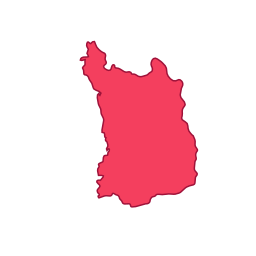 the Province of Chagang-do, rotated 311°
{"feature_id": "PRK-3310", "entity_name": "Chagang-do", "entity_type": "Province", "adm_level": 1, "iso_a3": "PRK", "parent_name": "North Korea", "parent_adm1": "", "projection": "mercator", "projection_center": [126.424, 40.896], "detail": "fine", "context": "isolated", "style": "filled", "palette": "rose", "viewbox_px": 256, "rotation_deg": 311, "n_neighbors": 0, "source": "natural_earth", "source_scale": "10m", "svg_char_len": 4033}
<svg xmlns="http://www.w3.org/2000/svg" viewBox="0 0 256 256"><g transform="rotate(311 128 128)"><path d="M166.2,41.1L166.9,41.8L166.9,44.0L167.3,44.5L168.2,44.5L169.9,44.8L171.2,45.9L171.0,46.5L169.7,48.9L168.5,51.5L168.1,54.5L168.1,56.8L168.4,59.0L168.8,60.4L169.0,61.1L169.0,61.9L168.3,63.3L167.2,64.1L165.9,64.8L164.8,65.7L164.1,67.0L163.6,68.1L162.9,68.9L161.6,69.2L159.5,68.9L158.6,69.1L157.8,70.2L157.6,71.4L157.8,72.9L158.2,74.4L158.7,75.5L160.1,76.6L161.3,76.5L164.0,75.3L164.6,75.2L165.4,75.1L166.1,75.4L166.5,76.2L166.3,77.0L165.4,78.0L165.1,78.7L165.3,79.3L166.7,81.5L167.2,83.1L167.5,84.7L168.0,88.0L168.8,89.9L171.2,92.0L171.8,93.5L171.6,94.4L171.3,95.0L171.3,95.6L172.2,96.7L172.9,97.7L173.3,98.9L173.7,101.6L174.6,103.4L175.9,104.7L180.1,107.4L181.1,107.8L183.3,108.0L186.1,108.8L187.1,108.7L188.6,107.7L189.5,106.5L190.2,105.0L191.2,103.6L192.8,102.5L195.0,101.7L197.0,101.7L198.6,102.8L199.3,104.7L199.6,107.1L199.8,109.7L199.7,111.8L199.3,115.3L198.3,117.7L194.7,121.7L193.5,124.2L192.9,127.7L193.3,131.0L194.9,133.1L197.7,134.5L198.5,135.6L198.6,137.6L198.3,138.8L197.7,139.9L196.9,140.7L196.0,141.3L192.9,142.3L187.2,145.7L185.7,147.9L184.6,153.5L183.3,155.6L182.4,156.1L179.2,156.5L177.8,156.9L176.8,157.5L175.8,158.3L174.7,159.4L172.5,161.0L170.7,161.9L169.8,163.5L170.2,167.1L170.2,169.7L168.8,171.8L167.1,173.6L165.7,175.9L165.3,177.5L165.0,179.2L164.8,180.9L164.9,182.3L163.1,186.0L162.0,187.4L159.2,189.7L158.7,190.4L158.3,191.0L157.7,193.1L157.3,194.4L156.8,195.0L156.2,195.3L155.0,195.4L154.0,195.7L153.4,195.9L152.8,196.2L151.8,197.0L151.1,197.8L150.2,199.0L149.6,199.6L149.0,200.0L147.4,200.3L146.8,200.5L146.1,200.9L141.5,204.2L140.7,204.9L140.1,205.6L139.9,206.1L139.7,206.6L139.4,208.5L139.3,209.2L138.9,210.2L138.3,210.6L137.8,210.9L135.6,211.1L134.8,211.4L130.5,214.5L129.6,214.9L129.0,214.9L128.5,214.7L128.0,214.6L124.8,212.4L122.0,211.0L120.6,210.6L113.9,209.8L112.4,209.2L109.2,207.1L108.1,206.0L105.0,202.0L100.2,197.5L98.3,194.9L97.0,193.5L96.4,193.2L95.9,193.1L95.0,193.2L94.0,192.9L93.3,192.5L92.4,191.8L91.8,191.5L91.2,191.4L90.1,191.4L89.1,191.6L88.0,192.1L87.0,192.7L86.5,192.9L85.7,193.0L84.7,192.8L84.0,192.5L83.4,192.1L82.3,191.0L73.8,185.4L71.5,183.2L70.9,182.5L70.7,181.9L70.8,181.4L71.1,180.9L71.4,180.4L71.7,180.0L71.8,179.4L71.7,178.9L71.4,178.4L68.4,175.2L68.2,174.8L68.0,174.3L67.9,173.8L67.9,173.2L68.1,172.7L68.6,171.6L68.8,171.1L69.1,168.4L69.2,168.0L70.1,166.7L70.3,166.2L70.4,165.7L70.5,165.2L70.5,164.6L70.4,164.2L69.8,162.9L69.7,162.6L69.3,160.4L69.0,159.8L68.6,159.4L68.0,159.4L66.8,159.7L66.2,159.7L65.4,159.4L64.9,159.0L62.7,156.1L62.0,155.4L61.4,154.9L56.2,151.9L56.5,150.6L57.1,150.1L58.3,150.4L59.0,149.9L59.2,149.3L59.3,148.0L59.5,147.3L60.2,146.2L60.9,145.6L61.8,145.4L64.8,145.3L65.8,144.9L66.3,143.8L66.4,141.8L66.8,139.9L67.6,139.3L68.7,139.5L69.7,140.4L70.3,141.2L70.4,141.5L74.6,141.4L75.7,140.8L75.0,139.3L72.9,136.8L75.7,133.2L77.2,132.1L77.4,132.0L79.6,131.6L80.2,131.3L80.6,130.6L80.9,130.0L81.3,129.6L82.1,129.5L82.7,129.7L85.8,131.1L86.5,131.0L89.4,128.9L90.4,128.5L91.5,128.3L92.3,128.8L93.2,129.7L94.1,130.4L95.0,129.9L96.1,129.1L98.3,128.8L99.3,128.3L99.8,127.3L99.4,126.9L98.4,126.8L97.3,126.9L98.1,125.5L99.4,125.1L100.8,124.8L102.0,123.9L103.5,121.6L103.9,120.5L103.7,119.6L104.2,118.9L104.8,118.4L105.5,118.0L106.2,117.7L106.0,116.5L106.8,115.5L107.9,114.5L108.7,113.1L107.7,111.3L109.4,109.7L117.6,104.8L118.6,103.9L119.3,102.8L121.1,98.6L122.0,97.5L123.8,95.7L124.6,94.6L126.3,90.6L127.1,89.4L130.7,85.0L133.0,83.3L135.1,83.3L134.8,83.7L134.7,84.1L134.5,84.4L134.1,84.7L134.1,85.4L136.6,84.7L136.6,82.2L135.6,79.2L135.1,76.7L135.5,75.5L138.0,71.4L139.2,67.0L140.6,64.4L140.8,63.1L140.6,61.8L139.8,60.5L139.8,59.3L142.4,56.6L143.5,54.3L144.7,54.0L147.2,54.1L148.0,53.7L150.4,51.5L151.5,50.8L150.5,50.0L149.4,49.4L148.5,48.6L148.0,47.5L149.2,46.9L150.4,46.9L151.5,47.4L152.5,48.1L154.7,50.5L155.9,51.3L156.5,50.5L157.4,48.1L161.4,46.4L162.4,43.8L163.1,42.7L164.6,41.6L166.2,41.1Z" fill="#f43f5e" stroke="#9f1239" stroke-width="1.5"/></g></svg>